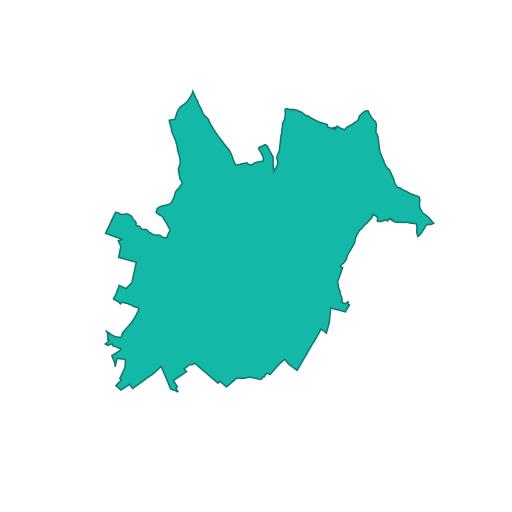 Gheorghe Doja, Mures, Romania, rotated 206°
{"feature_id": "2599482B99552937012719", "entity_name": "Gheorghe Doja", "entity_type": "district", "adm_level": 2, "iso_a3": "ROU", "parent_name": "Romania", "parent_adm1": "Mures", "projection": "equal_earth", "projection_center": [24.503, 46.455], "detail": "fine", "context": "isolated", "style": "filled", "palette": "teal", "viewbox_px": 512, "rotation_deg": 206, "n_neighbors": 0, "source": "geoboundaries", "source_scale": "gbopen_adm2", "svg_char_len": 6150}
<svg xmlns="http://www.w3.org/2000/svg" viewBox="0 0 512 512"><g transform="rotate(206 256 256)"><path d="M384.9,376.3L384.6,375.1L384.6,371.6L385.2,366.4L385.5,364.9L386.4,362.3L388.9,357.8L389.4,356.6L389.9,353.1L389.9,350.6L388.8,343.5L390.5,342.0L393.4,340.2L393.0,339.1L388.2,333.6L387.5,332.8L386.7,331.3L378.5,324.2L377.1,322.3L375.4,320.6L372.2,315.9L369.7,313.4L368.0,311.4L366.2,308.9L364.7,305.9L364.3,304.1L364.1,300.5L362.3,297.7L358.4,292.3L357.8,291.7L356.5,291.2L354.4,289.4L354.2,287.8L354.8,286.4L354.9,283.8L355.2,282.8L356.1,280.4L356.4,278.5L355.4,272.8L355.5,266.9L356.2,264.9L357.0,264.1L362.6,259.6L364.4,257.5L365.4,255.5L365.4,253.6L364.9,251.6L364.1,251.1L361.5,250.6L358.3,250.6L356.9,250.2L355.3,248.9L351.8,246.9L345.3,242.3L344.5,241.2L344.6,237.9L344.3,233.3L346.7,232.2L348.0,231.9L349.3,232.0L350.7,232.4L352.0,232.4L356.1,230.5L357.7,230.1L360.1,230.5L362.5,230.4L364.7,231.5L366.6,231.6L369.9,230.1L370.6,230.0L371.2,230.2L373.0,231.5L373.5,231.6L376.7,231.0L377.3,231.2L377.7,231.5L377.9,232.5L378.1,232.9L379.4,234.2L382.9,235.3L384.3,236.6L385.3,237.2L386.9,237.5L389.6,237.5L390.5,237.2L391.6,236.6L393.6,235.1L395.9,234.2L397.1,234.2L398.5,234.5L401.4,233.8L401.4,223.5L401.2,223.5L401.2,222.0L401.2,210.5L390.7,211.5L383.8,212.4L383.6,212.1L386.5,209.4L381.7,205.3L378.9,194.5L360.9,197.9L355.9,177.6L358.6,169.7L366.1,169.6L365.1,160.4L365.3,154.9L358.9,154.4L357.6,153.7L356.9,153.5L356.4,153.8L356.5,154.4L356.4,155.1L355.7,155.8L355.0,156.1L352.9,156.4L350.9,157.0L348.4,157.0L346.4,157.4L344.6,157.1L343.3,157.1L338.5,157.8L337.9,155.3L337.8,153.9L337.9,148.3L338.9,140.8L342.1,129.1L342.2,127.8L342.0,126.5L341.4,123.7L346.5,121.9L347.3,121.8L352.1,121.9L356.2,122.7L357.3,122.7L354.8,120.8L354.2,119.0L353.0,117.3L352.6,115.6L351.1,115.7L351.0,114.4L352.8,110.9L353.6,110.7L351.5,110.8L349.7,110.7L348.2,112.7L346.4,114.2L345.1,112.5L343.1,112.9L338.8,113.1L336.9,113.6L336.5,112.6L338.0,109.4L341.9,103.2L337.1,98.9L335.4,97.0L334.3,95.2L334.1,95.3L335.4,100.1L335.8,102.7L335.7,103.2L332.9,104.1L328.4,105.8L328.1,105.5L327.4,104.4L326.4,102.2L325.4,99.7L325.0,98.4L324.8,96.5L324.7,86.0L322.6,85.6L325.1,78.1L318.6,76.3L313.4,85.2L308.8,82.8L302.2,95.0L301.3,97.1L297.2,104.2L296.1,106.5L292.9,115.3L291.7,114.1L286.1,109.4L274.2,98.9L272.3,99.4L270.8,99.3L268.9,99.8L267.6,99.4L266.8,99.9L270.3,102.3L269.2,103.9L275.6,107.8L267.7,121.6L271.1,123.1L267.9,129.5L266.5,129.8L265.7,130.3L265.1,130.9L264.2,132.8L234.4,125.0L233.5,127.6L225.1,125.4L219.8,137.8L215.6,139.6L212.7,141.1L210.1,143.3L208.5,144.3L206.0,145.1L202.9,145.9L200.7,146.3L197.2,147.4L196.6,150.7L195.7,150.7L195.5,153.4L195.3,154.6L194.5,155.3L193.1,155.7L191.5,155.6L187.7,169.1L184.9,175.8L179.2,173.1L168.9,171.2L166.6,203.3L166.3,203.9L165.6,215.3L165.7,218.7L162.2,218.4L158.9,217.4L161.0,228.5L166.0,242.0L151.0,245.0L151.2,246.1L151.2,247.1L150.7,249.2L150.8,251.0L150.4,252.9L152.6,253.0L152.9,254.9L153.1,255.2L153.5,255.1L154.0,253.3L154.8,252.5L156.1,252.1L159.3,252.2L159.4,252.5L159.1,253.0L159.1,253.8L159.5,254.6L161.4,256.9L163.2,258.3L163.6,258.9L163.7,259.4L164.0,259.8L165.9,262.0L166.9,262.7L167.8,263.9L168.7,264.7L169.2,265.3L169.4,266.3L171.3,268.2L173.0,283.5L175.5,283.4L175.6,284.2L175.3,285.8L174.0,288.4L173.3,292.5L173.3,293.2L174.0,295.6L174.1,296.7L174.1,299.0L173.8,300.9L173.2,309.0L173.3,311.7L174.2,315.0L174.5,317.0L174.3,324.0L173.1,326.7L171.9,331.7L170.8,333.8L169.8,337.8L168.7,340.8L168.6,341.7L169.2,344.7L168.7,344.7L167.7,344.4L166.6,344.7L163.3,343.7L162.7,341.9L162.6,340.9L162.2,340.6L161.0,340.5L159.6,341.7L157.8,342.3L157.4,343.2L156.7,343.7L156.7,344.6L156.5,344.8L155.9,344.7L155.0,345.2L154.2,345.1L153.6,345.4L153.0,345.2L152.9,345.8L153.4,346.2L153.3,346.4L152.4,347.7L152.2,348.8L151.6,348.5L151.5,348.0L151.3,347.8L150.0,348.0L149.4,347.6L148.3,348.3L148.1,348.2L148.0,347.5L147.9,347.4L144.9,347.7L138.0,350.9L134.8,352.6L131.7,353.2L128.4,354.5L126.2,355.1L125.1,354.5L123.4,351.3L122.4,348.7L121.8,347.6L119.1,344.5L118.2,346.0L117.6,348.4L116.7,355.3L116.8,356.9L116.3,358.4L115.5,359.6L113.0,360.7L111.8,361.9L110.6,363.5L113.0,364.2L116.3,365.8L121.3,367.3L123.1,367.4L125.5,367.8L126.8,369.1L129.6,371.0L130.2,371.6L132.0,374.6L133.1,378.0L135.0,380.5L136.3,380.6L141.0,380.0L145.1,379.7L148.7,380.0L152.8,379.8L154.4,380.0L155.5,380.4L159.1,379.9L162.0,381.4L163.2,382.4L166.1,385.6L173.6,391.8L174.6,392.3L175.7,392.3L178.3,393.5L181.4,395.9L183.6,398.2L185.2,399.3L187.4,401.5L190.0,403.7L192.4,407.1L194.2,410.0L194.9,410.7L197.0,414.4L199.1,417.2L200.1,418.1L202.2,419.4L204.1,423.6L205.0,426.3L206.3,428.1L208.2,429.4L210.8,430.1L213.5,431.5L216.5,433.7L219.0,435.7L221.4,434.2L222.6,432.2L224.4,427.2L223.8,423.3L224.3,421.3L225.8,419.6L226.8,417.1L230.7,411.8L231.5,409.4L231.6,408.2L233.8,408.2L235.5,407.9L240.1,408.3L240.5,406.5L240.3,405.7L239.9,405.0L239.9,404.5L240.1,404.3L240.4,404.4L240.7,404.9L241.0,406.1L241.3,406.2L241.4,405.7L241.2,404.4L241.3,404.2L242.2,404.2L242.4,404.4L242.6,405.5L242.8,405.5L243.0,405.2L243.1,404.3L243.4,403.9L245.5,403.8L247.0,403.5L247.9,403.5L248.5,403.8L249.5,405.4L258.2,404.1L261.4,404.0L269.2,404.3L269.9,404.4L270.1,404.9L270.6,404.7L271.7,404.0L278.1,405.2L283.4,404.9L288.3,403.5L288.8,402.6L292.6,402.0L293.8,401.4L294.0,400.8L293.6,399.2L292.7,397.9L291.6,396.0L290.2,391.1L290.2,386.5L290.0,385.9L289.0,384.2L288.2,381.0L287.0,378.4L286.3,375.1L281.3,361.3L281.1,360.0L281.0,355.7L280.7,354.0L280.3,353.2L277.4,349.8L276.8,348.3L276.7,346.4L276.5,346.0L277.2,339.8L282.1,348.3L282.3,349.2L283.7,352.0L284.2,352.6L289.6,356.3L291.2,357.7L294.4,359.9L295.8,360.2L296.6,360.1L298.8,357.2L300.9,354.9L300.8,354.0L300.2,353.2L295.7,350.4L292.5,347.5L291.6,345.7L291.4,343.8L292.6,343.5L296.9,340.3L298.4,338.5L299.4,336.6L301.3,335.1L301.8,335.4L302.5,335.2L303.7,335.2L304.9,335.8L309.6,332.4L310.3,331.6L314.0,328.7L319.1,332.9L320.3,334.3L321.9,335.8L325.1,338.4L327.5,340.0L330.1,341.0L333.9,342.8L343.1,347.5L347.9,350.2L355.4,355.0L358.8,358.1L363.5,359.6L366.3,361.0L370.0,364.4L372.6,366.0L375.3,368.3L376.3,369.7L378.7,371.1L384.9,376.3Z" fill="#14b8a6" stroke="#0f766e" stroke-width="1.5"/></g></svg>